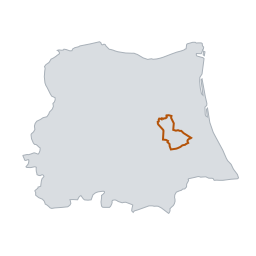 where Fromager sits in Ivory Coast, rotated 266°
{"feature_id": "CIV-3445", "entity_name": "Fromager", "entity_type": "Region", "adm_level": 1, "iso_a3": "CIV", "parent_name": "Ivory Coast", "parent_adm1": "", "projection": "natural_earth1", "projection_center": [-5.843, 6.159], "detail": "coarse", "context": "in_parent", "style": "outline", "palette": "amber", "viewbox_px": 256, "rotation_deg": 266, "n_neighbors": 0, "source": "natural_earth", "source_scale": "10m", "svg_char_len": 4074}
<svg xmlns="http://www.w3.org/2000/svg" viewBox="0 0 256 256"><g transform="rotate(266 128 128)"><path d="M57.9,40.1L58.7,40.0L60.9,39.3L63.0,37.6L64.8,34.0L67.4,31.2L70.2,31.4L71.1,30.9L72.1,30.8L73.3,32.6L74.5,34.1L75.3,34.1L75.9,36.8L81.2,37.9L83.4,38.7L85.3,40.7L85.9,40.7L86.7,40.3L87.3,39.6L87.4,38.9L86.6,37.1L87.0,35.5L87.8,34.0L89.2,33.9L91.2,33.5L93.5,33.5L95.2,33.8L95.9,32.4L95.3,28.3L95.5,26.1L95.7,24.3L96.4,23.5L99.0,25.9L101.3,26.7L103.0,26.8L103.5,26.3L102.8,23.8L102.9,23.0L103.6,22.5L104.7,22.3L107.7,21.2L108.0,21.4L108.6,25.5L108.3,26.8L108.9,29.5L109.7,32.1L109.7,33.1L109.0,34.7L108.3,36.2L108.3,36.7L109.5,37.7L111.8,38.7L114.2,39.0L115.5,37.5L116.9,36.3L117.9,35.2L118.2,33.6L119.7,32.5L124.0,31.0L128.0,30.8L128.9,31.2L130.7,33.5L133.0,35.0L136.5,34.8L139.0,35.7L141.1,37.4L142.6,41.2L144.2,44.0L144.9,47.9L147.4,49.9L149.4,50.8L152.0,53.7L154.8,55.1L157.7,54.8L159.0,56.3L161.1,57.3L163.3,57.4L165.1,54.1L167.6,52.8L173.9,50.2L176.3,49.0L178.9,48.3L184.9,48.1L190.5,48.9L193.3,49.5L195.2,49.0L197.0,50.6L198.9,53.8L200.4,54.9L202.0,56.0L203.1,58.6L204.5,61.1L205.3,62.2L206.9,64.8L208.4,64.8L209.8,63.7L210.4,62.9L210.7,64.6L210.2,67.3L210.3,68.9L211.1,69.6L210.6,71.7L209.0,75.4L209.0,77.5L210.6,78.2L211.8,80.5L212.5,84.4L213.2,85.7L213.3,86.5L214.5,96.0L216.0,105.6L215.1,106.8L213.8,107.2L213.0,107.6L212.7,108.5L213.3,109.8L212.9,111.0L211.3,111.8L207.8,114.8L207.6,116.0L206.7,118.6L205.9,120.2L204.8,123.1L203.0,130.8L202.3,137.2L202.2,139.2L201.5,140.6L200.7,142.5L196.9,148.0L195.0,152.5L195.3,154.5L195.4,156.4L194.8,157.8L194.9,161.6L195.4,164.8L196.1,167.9L198.8,176.7L200.3,182.0L201.1,186.3L201.9,189.2L202.7,190.4L203.0,191.5L207.1,192.3L207.8,192.9L209.0,198.6L208.8,201.1L208.0,202.0L208.0,204.2L207.8,206.9L207.2,207.9L204.9,208.0L203.4,209.1L201.4,208.7L201.2,208.0L200.1,207.8L197.0,206.2L197.5,201.4L196.1,201.2L195.0,201.8L192.9,207.7L191.9,208.7L176.7,205.6L173.5,203.2L169.5,202.7L162.7,202.9L157.0,203.7L155.4,205.1L169.7,204.3L171.2,204.4L171.9,205.3L153.9,207.3L147.0,208.4L145.0,208.1L143.4,206.2L135.9,206.0L134.4,206.6L133.5,208.0L136.4,207.7L141.1,207.6L142.3,208.7L127.8,210.0L117.7,212.7L113.4,214.6L99.3,221.0L90.8,224.0L88.5,225.1L84.6,228.3L79.6,230.3L74.0,233.9L70.5,234.8L69.7,233.6L69.7,227.4L69.2,219.0L69.4,215.8L69.8,212.8L69.8,210.3L71.6,209.4L72.0,208.4L72.3,205.1L73.9,202.2L73.9,197.0L74.4,196.0L74.7,194.6L74.1,191.2L73.2,184.9L72.7,184.4L72.3,184.7L71.4,184.8L67.9,182.6L65.2,182.3L63.3,180.4L63.2,178.2L62.2,177.0L61.6,174.5L60.6,171.7L58.0,170.0L55.4,169.6L53.6,169.9L51.5,169.8L49.1,168.9L47.5,167.8L45.9,165.7L44.4,164.1L43.3,164.3L41.8,163.9L40.4,163.1L40.0,162.5L45.8,155.9L47.8,152.7L48.1,150.7L48.1,148.7L48.7,146.7L48.9,143.6L45.7,132.3L44.9,128.7L44.0,127.7L43.4,127.3L45.1,125.9L47.3,126.3L50.8,127.4L51.5,126.3L54.1,120.6L54.1,118.4L53.8,117.0L55.4,113.1L56.6,111.5L57.2,109.9L57.0,107.7L56.1,106.9L54.9,107.0L53.4,106.5L51.2,105.2L50.1,104.0L50.5,98.9L50.7,97.3L51.5,96.4L52.7,96.1L56.1,95.9L58.9,96.5L61.3,96.9L62.6,96.9L63.6,98.4L65.0,100.0L66.3,100.0L66.7,98.8L66.4,93.7L65.6,91.0L63.8,88.4L58.9,86.2L58.8,83.1L59.3,79.7L60.4,78.5L63.9,76.3L63.3,75.2L62.2,74.0L59.9,72.7L60.4,68.7L60.6,65.1L58.6,65.5L56.7,65.7L55.0,64.6L53.6,62.4L53.4,56.4L53.4,49.5L53.1,46.4L53.7,44.8L55.4,43.3L57.2,41.3L57.9,40.1ZM199.4,208.7L198.6,210.1L194.8,209.2L195.7,208.1L199.4,208.7Z" fill="#d9dde1" stroke="#a8b0b8" stroke-width="1"/><path d="M130.2,158.1L132.1,158.1L132.3,159.0L132.6,159.2L134.2,159.2L135.2,159.8L135.0,161.1L134.3,162.2L135.3,162.6L134.7,164.1L135.1,164.7L135.1,166.2L135.8,167.3L136.3,167.5L137.3,167.1L137.9,167.3L137.9,169.5L137.0,172.2L135.1,171.7L129.5,174.0L123.0,173.0L122.0,175.6L122.3,177.8L121.5,179.5L121.4,181.0L119.0,183.1L113.7,190.3L113.3,189.7L113.2,188.6L112.1,187.0L111.4,186.5L110.5,186.4L108.9,187.0L108.0,184.8L107.3,183.8L106.9,181.0L105.5,179.0L104.4,176.1L104.0,174.5L103.6,169.3L106.9,168.3L109.1,168.3L111.2,166.4L112.3,167.0L113.5,165.0L114.0,162.1L122.7,163.2L123.6,163.0L129.3,158.5L130.2,158.1Z" fill="none" stroke="#b45309" stroke-width="2"/></g></svg>